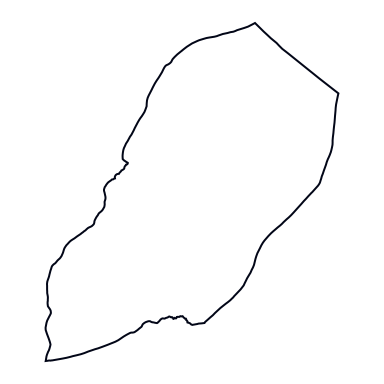 the district of Sangkum Thmei, Preah Vihéar, Cambodia
{"feature_id": "14789045B6075848816012", "entity_name": "Sangkum Thmei", "entity_type": "district", "adm_level": 2, "iso_a3": "KHM", "parent_name": "Cambodia", "parent_adm1": "Preah Vihéar", "projection": "mercator", "projection_center": [104.719, 13.488], "detail": "fine", "context": "isolated", "style": "outline", "palette": "ink", "viewbox_px": 384, "rotation_deg": 0, "n_neighbors": 0, "source": "geoboundaries", "source_scale": "gbopen_adm2", "svg_char_len": 5932}
<svg xmlns="http://www.w3.org/2000/svg" viewBox="0 0 384 384"><path d="M204.5,323.0L205.1,322.0L207.4,320.0L210.3,317.4L212.8,315.3L215.0,313.0L220.4,308.0L222.9,306.0L225.8,303.7L228.1,302.0L230.3,300.2L231.7,298.8L233.1,297.5L234.3,296.0L237.0,293.2L238.7,291.4L240.6,289.4L242.0,287.6L243.7,285.4L244.6,283.4L245.9,280.8L247.1,278.3L248.9,275.3L250.5,272.7L251.7,269.9L253.0,267.4L254.0,264.9L255.5,258.8L256.3,256.2L257.4,253.2L260.0,248.1L261.3,245.4L262.9,242.7L264.5,240.5L268.4,236.0L271.1,233.2L273.2,231.3L275.3,229.5L277.6,227.5L280.1,225.5L281.9,223.9L283.6,222.1L286.6,219.3L288.7,217.5L291.2,215.1L293.8,212.3L298.3,207.3L301.3,204.0L303.8,201.1L306.0,198.8L308.4,196.1L310.3,194.1L311.3,193.0L312.2,192.2L314.6,189.5L318.1,185.6L319.0,184.3L319.7,183.1L320.1,182.1L320.5,180.7L321.2,178.6L321.8,176.3L322.8,173.8L323.9,170.5L326.0,164.7L326.7,162.2L327.8,159.3L328.8,157.2L329.7,155.1L330.8,152.2L331.4,150.0L332.0,147.4L332.5,144.8L332.6,142.7L332.6,140.4L332.9,137.0L333.4,133.1L333.7,129.6L334.1,125.9L334.5,122.7L334.8,119.0L335.0,116.2L335.5,110.8L335.7,107.7L336.1,104.4L336.7,101.4L337.8,96.0L338.4,93.4L319.2,78.4L287.6,53.0L282.3,48.9L279.1,45.7L276.6,43.0L274.3,41.1L270.9,38.3L267.4,35.0L263.5,31.4L260.7,28.6L255.0,23.0L254.3,23.4L251.6,24.8L248.1,26.6L244.4,27.9L237.0,30.2L235.3,31.0L233.4,31.7L230.3,32.2L227.6,33.0L222.8,34.0L220.5,34.8L218.7,35.4L216.9,36.1L214.5,36.7L212.0,37.1L209.4,37.5L206.6,38.0L203.8,38.8L199.2,40.2L197.3,41.0L192.1,43.4L189.6,45.0L186.8,46.8L183.7,49.2L177.3,54.4L174.6,57.0L172.7,59.1L172.0,60.3L171.3,61.8L170.2,63.0L169.0,63.9L168.0,64.5L166.8,65.0L165.8,65.6L165.0,66.5L164.0,68.1L163.1,69.9L162.0,72.2L159.4,76.5L158.3,78.2L156.7,80.5L154.9,83.4L154.1,84.9L152.8,87.4L151.4,90.3L148.7,95.5L147.7,97.8L147.0,100.4L146.7,103.7L146.6,106.3L145.5,109.4L144.5,111.9L143.1,114.2L141.8,116.2L140.3,118.2L139.2,119.9L137.8,122.3L134.7,128.2L133.8,130.2L131.5,134.6L130.0,136.7L127.7,141.0L126.0,143.6L124.9,146.1L123.9,148.2L123.3,150.2L122.9,152.5L122.6,155.2L122.6,157.0L122.7,158.5L122.7,159.0L123.1,159.4L123.4,159.8L124.3,160.6L125.6,161.4L125.9,161.7L126.4,162.0L127.1,162.4L127.8,162.8L127.8,163.2L127.7,163.6L127.4,164.1L127.0,164.4L126.3,164.5L125.9,164.8L125.8,165.4L125.2,165.9L124.8,166.3L124.4,167.4L124.3,167.8L124.3,168.3L123.9,169.0L123.2,169.5L121.9,170.3L121.5,170.4L120.9,171.4L120.4,171.9L120.1,172.2L119.6,172.6L119.0,173.8L117.5,174.0L116.9,174.2L116.3,174.6L115.7,175.1L115.4,175.6L115.1,176.1L114.9,176.6L114.8,177.3L114.9,177.8L115.0,178.4L114.4,178.5L113.8,178.9L113.4,179.2L113.0,179.4L112.1,179.4L111.1,180.3L110.1,181.0L109.5,181.4L109.0,181.8L108.6,182.0L107.7,182.9L106.6,184.3L106.1,185.0L105.7,185.8L104.7,187.2L104.5,187.9L104.2,188.8L104.0,189.5L104.0,190.5L104.2,191.5L104.5,192.4L105.4,196.5L105.5,197.5L105.5,198.3L105.4,199.2L104.6,201.7L104.6,202.6L104.7,204.5L104.5,205.8L104.3,206.9L102.9,209.4L102.2,210.4L101.3,211.3L99.1,213.1L98.6,213.7L98.2,214.5L97.7,215.4L96.9,216.4L96.2,217.5L95.6,218.6L94.7,220.4L94.4,221.5L94.3,222.6L94.0,223.7L93.6,224.4L92.7,225.3L91.8,226.1L90.9,226.6L88.9,227.5L88.0,228.0L86.6,229.2L85.4,230.4L84.0,231.3L83.0,232.2L81.7,233.1L80.5,234.1L78.7,235.3L77.2,236.3L75.6,237.5L74.4,238.4L72.6,239.5L71.1,240.5L70.1,241.3L69.1,242.3L68.2,243.3L67.5,244.1L66.4,245.2L64.7,247.7L64.4,248.5L64.1,249.0L63.5,251.0L63.1,252.4L62.7,253.4L62.3,254.3L61.8,255.4L61.5,256.1L60.3,257.8L59.6,258.6L59.0,259.1L57.6,260.4L55.4,263.1L54.6,263.7L53.8,264.2L53.1,264.9L52.5,265.5L52.0,266.2L51.6,267.1L51.2,268.6L50.8,269.7L50.4,270.9L50.1,272.1L49.4,274.8L49.1,276.2L48.7,277.5L48.2,278.9L47.8,280.0L47.3,281.6L47.1,283.1L47.0,284.1L47.1,285.6L47.1,286.6L47.1,288.2L47.1,289.8L47.2,291.4L47.2,293.1L47.8,296.3L47.9,297.9L47.8,299.4L47.8,301.1L47.6,301.8L47.6,302.5L47.6,304.1L47.8,305.0L47.8,305.8L48.0,306.4L48.4,307.0L48.9,307.7L49.3,308.3L49.9,309.1L50.2,309.7L50.6,310.5L50.8,311.7L50.9,312.7L50.8,313.5L49.8,315.5L49.0,317.0L47.2,320.6L46.5,322.8L45.9,326.0L45.6,327.5L45.6,328.3L45.7,330.0L46.9,333.7L47.8,336.1L48.6,338.2L49.4,340.5L50.0,342.4L50.5,344.4L50.3,345.6L49.6,348.2L49.1,349.8L48.6,350.9L48.0,352.0L47.5,353.4L47.1,354.3L46.5,356.3L46.3,357.5L45.8,360.5L45.7,361.0L46.4,360.9L47.5,360.8L48.0,360.7L48.5,360.6L49.1,360.5L49.7,360.5L50.7,360.6L51.7,360.4L52.2,360.4L62.4,358.6L66.5,357.8L70.2,356.9L73.0,356.1L76.5,355.3L80.9,354.2L84.3,353.1L88.3,351.5L95.1,349.2L97.9,348.4L102.1,346.9L107.7,344.8L111.4,343.3L113.2,342.6L115.4,341.7L117.7,340.5L118.3,340.2L123.7,336.5L126.4,334.9L128.6,333.7L129.4,333.3L129.7,333.1L130.8,332.7L131.2,332.6L132.4,332.6L133.8,332.4L134.5,332.1L134.9,331.9L137.6,330.0L138.7,329.0L140.7,327.4L141.4,326.9L141.9,326.1L142.1,325.6L142.4,324.9L142.7,324.4L142.9,324.1L143.3,323.8L144.4,322.9L145.1,322.5L145.8,322.1L146.4,321.9L148.1,321.3L148.8,321.2L149.7,321.2L150.3,321.3L150.7,321.6L151.6,322.1L152.0,322.1L152.5,322.3L153.0,322.3L154.4,322.6L155.1,322.8L156.5,323.0L156.9,323.1L157.4,322.9L157.7,322.7L158.0,322.3L158.6,321.8L159.2,321.2L159.8,320.5L160.6,319.5L161.2,319.1L161.5,318.8L162.0,318.6L162.5,318.4L163.6,318.5L164.2,318.5L164.7,318.6L165.1,318.4L165.6,318.1L166.1,317.9L167.2,317.6L167.7,317.4L168.2,317.1L168.7,316.7L169.3,316.5L170.0,316.7L170.4,317.0L170.8,317.2L171.3,317.4L171.9,317.1L172.5,317.5L172.8,317.7L173.0,318.1L173.4,318.9L173.8,318.8L174.1,318.4L174.7,317.9L175.2,318.2L175.7,318.4L176.2,318.3L176.6,317.6L176.8,317.0L177.2,316.9L177.7,316.9L179.4,316.9L179.8,316.6L180.2,316.2L180.6,316.2L181.1,316.4L181.7,316.4L182.1,316.2L182.6,316.2L183.1,316.8L183.6,317.5L184.1,317.8L184.5,318.1L185.0,318.7L185.9,318.7L186.1,319.0L186.2,319.5L186.2,320.0L186.6,320.2L187.4,321.3L187.4,321.7L187.3,322.0L187.5,322.5L188.0,322.4L188.6,322.8L189.0,322.9L189.5,323.1L190.0,323.3L190.5,323.8L191.4,324.6L191.9,324.7L192.4,324.9L192.8,324.8L197.3,324.0L198.6,323.6L199.8,323.5L201.4,323.4L204.5,323.0Z" fill="none" stroke="#020617" stroke-width="2"/></svg>